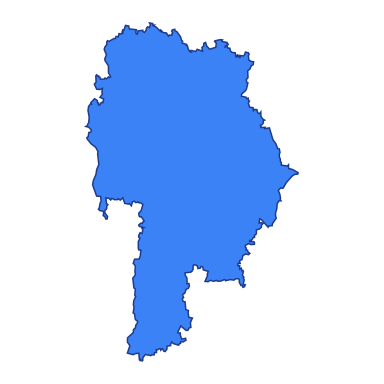 Joypurhat, Rajshahi, Bangladesh
{"feature_id": "16705992B2288856744536", "entity_name": "Joypurhat", "entity_type": "district", "adm_level": 2, "iso_a3": "BGD", "parent_name": "Bangladesh", "parent_adm1": "Rajshahi", "projection": "equal_earth", "projection_center": [89.098, 25.063], "detail": "fine", "context": "isolated", "style": "filled", "palette": "blue", "viewbox_px": 384, "rotation_deg": 0, "n_neighbors": 0, "source": "geoboundaries", "source_scale": "gbopen_adm2", "svg_char_len": 5926}
<svg xmlns="http://www.w3.org/2000/svg" viewBox="0 0 384 384"><path d="M298.1,172.7L292.4,169.4L288.6,168.5L288.5,164.8L287.5,166.0L281.3,165.1L281.3,162.3L280.4,161.6L280.3,159.0L279.4,157.2L279.3,154.0L280.0,152.6L279.3,148.9L277.6,148.4L275.9,143.8L273.0,139.8L269.4,127.9L264.7,128.6L265.1,127.3L260.9,127.5L261.1,126.6L260.3,125.4L262.3,124.5L263.3,122.9L263.2,120.7L264.6,120.1L262.6,118.9L260.9,116.3L260.8,112.0L259.7,113.5L258.5,113.4L257.6,112.4L256.9,109.6L254.7,109.4L253.4,110.6L253.1,107.7L249.6,107.1L248.3,102.9L249.5,101.2L248.8,100.9L248.1,98.1L246.8,98.8L246.0,97.2L241.5,96.3L241.5,94.2L245.5,90.7L246.5,88.9L247.9,82.9L246.9,82.8L246.3,79.7L248.0,77.6L247.7,70.8L249.9,69.1L251.3,65.7L253.2,64.7L253.6,61.7L251.3,61.5L248.8,59.9L248.4,56.0L249.1,54.1L248.3,52.7L245.4,52.1L244.7,54.5L243.4,56.0L240.0,55.5L240.4,56.8L239.8,57.5L238.3,56.6L238.6,55.9L237.6,54.9L236.9,55.5L236.8,56.8L236.0,56.9L235.2,52.8L231.8,52.3L230.4,50.9L229.9,48.2L227.9,48.1L227.2,46.3L225.1,47.1L225.2,46.1L228.2,44.6L227.7,43.4L226.7,43.2L226.9,42.4L222.1,41.5L221.8,40.9L222.5,39.9L220.3,39.6L214.9,40.8L214.6,41.6L215.9,42.5L216.2,43.9L215.8,47.3L209.6,49.2L206.7,46.0L205.6,42.4L203.8,43.3L203.7,45.8L201.9,47.5L202.5,51.2L197.2,49.3L195.7,51.5L191.2,50.4L190.4,50.7L190.1,51.3L190.9,52.1L190.2,52.1L188.2,49.0L187.5,45.9L186.3,45.4L186.7,44.4L182.3,43.1L182.6,41.2L181.5,40.2L180.5,36.7L176.8,31.6L175.0,30.8L174.8,29.3L172.3,29.9L171.7,31.2L172.7,32.8L171.9,33.8L171.9,35.3L169.2,35.1L168.4,36.2L166.4,32.9L163.2,32.6L160.2,29.4L161.9,31.9L160.9,31.7L155.8,26.8L153.4,25.8L154.2,25.1L152.5,25.1L152.7,23.5L149.5,23.0L150.3,24.4L149.6,27.5L147.7,26.8L146.6,28.0L145.9,30.8L144.3,32.4L143.0,31.6L142.8,30.3L137.9,30.9L137.4,34.1L136.2,33.7L135.8,32.6L136.3,29.7L129.2,28.9L128.7,26.0L125.5,25.4L123.8,30.3L122.8,30.0L123.0,31.1L122.3,31.2L122.1,32.2L122.8,32.5L122.8,33.0L122.3,32.5L121.4,33.9L119.0,33.6L118.3,36.7L116.0,36.5L115.5,38.5L114.0,38.5L109.1,41.3L107.5,40.7L106.7,42.1L106.7,44.8L105.0,46.8L104.2,49.4L106.4,54.9L104.8,58.7L105.0,60.6L108.4,65.8L108.5,72.7L110.7,76.9L109.3,77.7L108.4,76.9L106.5,78.9L105.0,78.0L104.2,79.1L100.5,79.2L99.9,77.2L98.9,77.1L98.7,76.0L97.5,76.1L96.8,74.8L95.8,75.8L96.1,82.0L94.3,84.2L96.7,89.2L100.1,89.5L102.4,88.4L101.9,92.4L102.5,94.0L100.0,97.4L103.6,98.9L102.9,102.7L101.4,102.4L99.8,105.0L98.5,104.9L98.7,103.0L97.5,102.7L97.3,100.5L94.5,98.7L90.7,102.9L91.5,104.1L90.4,104.1L88.6,106.3L88.0,110.4L89.2,117.4L88.7,122.4L87.0,125.9L85.9,126.5L88.7,127.2L91.0,129.6L91.3,130.9L90.7,132.2L88.8,132.5L88.2,136.8L86.8,137.6L87.2,139.0L91.0,143.7L95.7,147.4L98.1,151.8L97.6,153.5L98.8,164.6L96.7,169.5L95.9,174.6L93.4,180.4L92.6,184.9L96.6,196.1L100.6,196.4L101.2,201.2L100.1,203.1L99.1,208.6L98.4,209.1L99.6,210.5L103.1,211.3L103.7,212.6L103.2,215.5L105.2,217.2L105.7,219.0L107.1,219.0L107.6,216.5L104.8,212.8L105.0,210.2L106.6,209.0L106.9,205.6L107.9,204.7L106.5,203.5L105.9,197.9L108.9,198.3L110.7,200.0L111.8,198.4L114.6,199.7L117.5,199.6L118.1,198.7L120.3,200.1L122.8,197.9L124.8,203.4L128.4,204.1L129.4,203.5L131.3,205.8L132.5,201.9L134.2,201.2L135.8,202.6L138.4,202.0L139.0,202.9L140.5,202.7L142.9,204.5L141.1,210.7L138.8,213.1L139.0,215.9L140.0,216.9L141.3,216.7L144.2,221.1L143.1,221.7L142.4,223.5L140.9,223.1L138.7,225.0L139.3,226.4L143.7,227.6L142.0,228.3L142.8,229.9L142.0,233.5L140.1,232.7L138.7,235.4L138.7,237.2L139.9,238.3L138.3,241.6L138.3,248.2L138.7,249.9L140.9,250.2L140.3,255.7L139.2,259.0L134.6,259.2L133.2,263.3L135.4,265.9L134.9,271.4L135.4,274.9L132.8,278.2L133.9,287.9L135.3,288.9L134.8,295.4L135.7,296.3L133.7,300.9L133.4,305.1L134.1,307.1L133.1,312.9L134.4,313.7L135.4,319.6L137.6,321.2L137.2,323.5L136.0,324.7L135.3,328.0L133.5,329.5L133.3,332.5L127.5,337.9L127.4,342.1L129.9,345.7L127.4,353.1L133.1,354.7L135.6,353.5L138.8,353.3L139.4,359.8L140.0,360.5L140.5,359.4L142.1,361.0L142.8,360.3L142.8,358.0L145.3,354.5L150.8,355.6L151.9,354.7L154.0,355.0L154.6,352.7L156.5,352.5L156.3,349.6L157.2,350.0L159.4,348.6L160.2,348.8L160.8,350.2L161.5,349.0L162.6,348.7L163.6,351.0L165.1,351.6L166.9,349.3L167.1,346.2L170.6,345.6L170.6,344.1L171.9,342.0L173.4,343.6L178.7,345.2L179.3,343.8L180.6,343.3L180.7,341.7L183.1,341.9L186.0,340.2L185.6,338.3L181.8,339.1L180.4,335.6L180.3,332.9L178.1,333.1L177.7,332.3L180.8,326.0L186.1,330.4L187.8,330.4L189.1,328.0L190.9,327.4L190.4,322.7L192.4,318.0L188.9,317.4L188.1,313.1L188.4,310.5L185.8,309.6L185.1,301.9L183.1,301.3L182.3,298.7L183.6,297.5L182.7,295.8L183.1,293.9L184.6,293.5L186.2,289.2L188.3,288.3L189.4,286.1L188.9,283.5L187.1,283.8L186.9,277.8L185.2,275.2L185.1,272.8L190.7,272.2L192.1,271.1L193.1,269.2L193.1,265.8L194.0,264.7L197.2,265.6L198.0,268.6L200.3,268.1L201.1,266.4L202.8,267.0L203.3,269.9L208.3,271.4L207.2,274.3L207.5,275.7L205.0,281.4L208.2,281.7L210.3,280.3L213.8,281.3L216.7,280.4L217.5,281.2L220.8,281.1L224.1,279.7L225.2,279.8L225.5,280.7L230.1,279.6L233.8,280.1L236.0,278.7L238.6,278.8L239.4,279.5L239.2,282.1L240.9,285.5L242.2,285.3L242.9,287.3L244.6,286.7L245.2,284.7L243.6,284.7L243.3,283.6L244.2,279.8L243.2,277.9L243.9,277.2L242.4,275.2L243.4,271.6L242.9,270.4L241.8,270.7L241.3,268.2L239.7,269.1L239.7,265.6L237.9,265.8L238.0,263.3L240.2,263.3L239.5,261.1L239.9,260.5L242.0,259.6L242.9,255.4L246.0,254.0L248.5,254.7L249.9,253.3L248.2,252.3L247.5,250.2L245.9,249.9L246.3,248.1L245.3,247.0L245.4,245.4L248.6,243.6L251.0,244.6L254.4,244.3L254.5,242.7L253.7,241.6L249.5,241.6L249.9,240.3L251.3,240.5L253.8,237.1L254.5,237.3L254.6,235.1L256.0,234.4L256.4,233.2L256.4,229.9L259.5,229.0L261.2,227.5L261.7,224.8L263.0,223.6L261.6,222.7L259.1,223.0L259.7,218.8L261.6,219.8L268.1,227.2L268.9,226.0L272.3,225.6L272.3,223.9L276.2,218.3L275.5,215.4L275.6,212.6L276.8,208.8L277.2,203.7L279.0,200.9L281.0,200.8L280.2,199.8L280.5,198.0L279.8,194.1L278.3,190.4L280.7,187.9L283.0,188.4L286.4,182.5L292.1,176.1L294.7,174.4L297.8,174.1L298.1,172.7Z" fill="#3b82f6" stroke="#1e3a8a" stroke-width="1.5"/></svg>